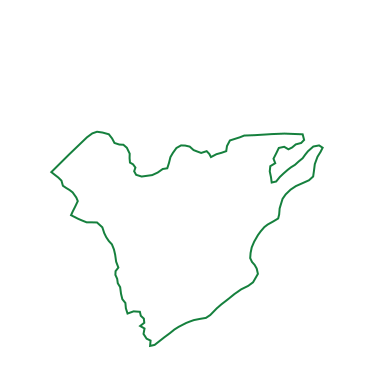 João Pessoa, Paraíba, Brazil (Natural Earth projection), rotated 51°
{"feature_id": "56859067B31395932343468", "entity_name": "João Pessoa", "entity_type": "district", "adm_level": 2, "iso_a3": "BRA", "parent_name": "Brazil", "parent_adm1": "Paraíba", "projection": "natural_earth1", "projection_center": [-34.87, -7.147], "detail": "fine", "context": "isolated", "style": "outline", "palette": "green", "viewbox_px": 384, "rotation_deg": 51, "n_neighbors": 0, "source": "geoboundaries", "source_scale": "gbopen_adm2", "svg_char_len": 2205}
<svg xmlns="http://www.w3.org/2000/svg" viewBox="0 0 384 384"><g transform="rotate(51 192 192)"><path d="M123.0,216.3L116.6,214.8L112.1,215.6L109.4,218.6L105.1,221.4L100.1,220.4L94.8,220.3L89.5,224.1L85.4,227.9L83.7,232.6L83.4,239.2L85.5,264.1L88.0,288.8L92.4,287.8L96.6,286.8L101.0,286.3L105.9,288.4L109.8,287.2L113.4,285.9L117.2,285.0L123.5,285.4L127.2,286.5L129.9,292.1L132.0,296.8L133.9,300.6L141.3,297.3L145.1,295.3L149.2,293.0L151.9,289.7L155.9,285.0L163.0,283.9L168.8,286.1L173.2,287.1L177.7,287.5L182.3,287.2L187.5,288.8L192.4,291.2L198.4,294.8L204.4,296.8L205.4,301.2L208.2,303.7L212.4,304.8L216.2,307.1L220.7,307.7L226.4,311.2L231.5,313.6L236.3,313.6L240.8,316.6L245.9,318.6L248.0,312.5L252.3,307.9L256.0,309.7L260.1,309.1L263.6,311.4L263.5,316.6L268.2,314.8L271.8,319.0L277.4,319.6L281.4,317.7L285.2,321.4L287.3,317.3L287.4,311.9L287.5,304.6L287.8,297.9L287.8,292.2L288.4,287.2L290.1,279.0L291.3,275.2L292.7,271.2L295.6,265.7L298.6,260.4L299.1,255.3L298.5,250.1L298.0,245.9L297.8,239.9L298.0,231.5L298.0,223.3L298.6,215.0L300.3,207.5L300.6,201.4L297.1,192.3L292.2,189.9L288.0,189.2L284.2,189.4L280.0,188.4L276.2,184.8L272.6,180.4L269.7,174.9L267.0,167.9L265.8,163.4L264.8,157.9L264.9,153.7L266.0,147.4L266.8,141.7L264.3,138.4L259.9,134.2L256.5,129.2L254.3,125.9L252.8,120.7L252.2,113.9L252.8,107.5L255.1,99.0L256.5,93.7L256.2,88.1L252.3,83.9L247.6,79.0L243.6,72.3L241.7,66.8L239.8,62.6L235.8,63.9L233.0,69.1L233.3,76.2L234.2,80.4L235.4,84.8L235.4,89.7L235.7,94.9L235.1,99.5L235.0,103.7L235.2,109.1L235.6,114.3L236.8,120.0L234.8,124.1L230.2,121.3L224.9,118.6L221.2,114.9L222.0,109.2L217.4,107.7L214.9,102.1L212.4,96.8L214.9,91.9L219.5,90.2L220.4,86.2L220.3,81.4L222.6,76.3L222.1,72.1L216.8,69.7L204.8,83.4L197.1,93.7L194.0,98.1L187.3,107.5L181.0,115.9L179.6,120.4L175.8,130.1L178.3,135.9L181.8,139.7L180.1,144.4L178.0,149.2L176.8,155.3L173.3,154.6L169.5,154.9L167.4,160.3L163.9,162.4L160.4,164.4L155.3,165.2L151.6,168.1L148.9,171.2L148.0,176.4L149.6,182.3L151.3,186.8L155.0,191.7L158.0,196.3L155.7,200.3L155.3,206.4L153.8,212.3L150.6,217.6L148.3,221.4L143.5,224.6L139.5,223.9L137.4,220.6L133.4,220.4L130.1,221.7L126.4,219.2L123.0,216.3Z" fill="none" stroke="#15803d" stroke-width="2"/></g></svg>